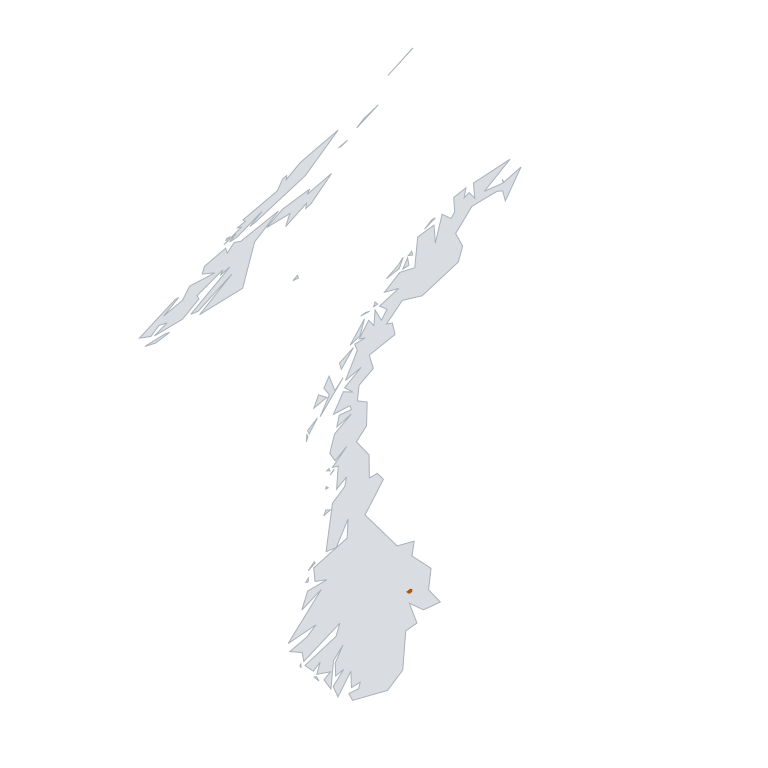 location of Gjerdrum nor, Akershus, Norway, rotated 314°
{"feature_id": "86288312B13989294808730", "entity_name": "Gjerdrum nor", "entity_type": "district", "adm_level": 2, "iso_a3": "NOR", "parent_name": "Norway", "parent_adm1": "Akershus", "projection": "equal_earth", "projection_center": [11.024, 60.079], "detail": "fine", "context": "in_parent", "style": "filled", "palette": "amber", "viewbox_px": 768, "rotation_deg": 314, "n_neighbors": 0, "source": "geoboundaries", "source_scale": "gbopen_adm2", "svg_char_len": 4775}
<svg xmlns="http://www.w3.org/2000/svg" viewBox="0 0 768 768"><g transform="rotate(314 384 384)"><path d="M456.9,339.1L428.9,344.1L433.7,347.6L427.3,357.5L394.5,353.4L387.8,365.5L365.8,366.9L353.4,376.6L359.3,384.4L341.8,400.5L323.2,404.3L322.6,422.5L306.3,438.7L315.0,441.3L315.0,449.8L276.6,461.3L276.7,505.9L291.9,514.9L279.7,523.5L284.1,545.9L267.0,558.9L266.3,575.9L249.0,569.3L243.9,554.5L234.9,573.8L221.6,571.1L191.2,596.2L166.0,599.4L134.6,581.1L136.9,573.7L147.2,577.4L153.0,574.0L143.0,571.5L154.4,559.7L126.9,568.2L131.1,557.6L150.7,553.2L140.4,552.0L149.5,542.7L167.9,535.7L149.9,539.9L127.7,557.7L129.5,546.3L139.8,545.5L128.5,537.4L139.6,531.3L128.3,532.6L126.6,522.7L169.2,524.8L181.3,518.4L128.8,519.0L134.0,511.7L126.0,502.1L148.5,504.3L163.5,502.3L130.8,495.3L192.5,481.6L164.4,481.9L182.0,472.9L203.5,478.9L194.1,471.5L202.9,461.2L247.6,464.5L261.9,451.9L233.2,463.3L223.2,458.8L262.4,429.8L283.0,427.0L291.1,421.7L275.4,423.0L293.2,408.1L288.1,404.9L313.0,400.6L294.8,402.1L296.4,393.2L313.9,383.1L339.6,381.3L320.4,379.9L330.4,373.5L343.0,378.3L344.7,374.6L327.0,368.7L350.2,360.1L356.5,367.2L354.0,358.3L380.1,356.0L359.8,353.9L389.7,341.4L392.3,335.3L404.1,338.3L399.1,334.9L419.2,328.8L419.0,336.2L431.1,326.1L428.1,337.8L439.9,334.3L436.9,326.7L463.0,328.2L450.3,320.6L475.3,317.9L489.0,325.4L513.2,306.1L533.0,309.6L521.0,323.0L546.5,307.9L549.5,317.2L556.9,315.3L566.6,304.6L582.0,306.7L573.7,312.2L580.8,312.4L580.7,320.3L590.7,308.8L633.2,318.5L592.3,322.3L611.3,330.0L635.3,331.8L600.0,344.1L605.4,335.2L601.0,331.4L572.9,323.8L542.0,331.0L537.9,344.7L523.4,352.7L473.9,350.1L456.9,339.1ZM343.9,173.1L371.7,175.8L369.2,180.4L381.7,177.9L387.0,181.8L435.2,187.9L396.3,192.2L354.7,215.8L305.8,203.2L357.3,198.2L307.4,199.8L300.0,196.6L361.4,191.8L348.6,190.7L354.3,188.8L317.5,188.1L316.7,191.8L290.6,194.0L259.0,185.4L277.2,185.4L269.7,181.4L256.3,183.3L247.1,176.2L299.5,175.1L303.5,176.2L279.8,178.3L304.3,180.9L319.4,176.2L346.4,185.1L336.8,176.8L343.9,173.1ZM404.1,168.6L449.0,173.1L460.9,168.7L466.3,169.2L463.2,171.7L485.2,169.9L534.7,174.6L479.4,182.6L412.1,179.2L404.1,178.1L423.2,176.4L387.3,176.2L379.0,174.4L389.3,173.2L372.9,172.1L397.7,172.4L394.6,170.1L404.7,171.2L404.1,168.6ZM439.3,189.6L472.6,195.1L466.9,197.0L499.0,200.0L462.7,206.3L455.9,205.8L460.1,202.7L429.0,203.9L441.2,197.9L415.2,191.0L439.3,189.6ZM345.1,353.3L360.2,350.2L316.1,360.8L338.3,352.2L339.2,343.7L351.5,339.1L345.1,353.3ZM368.2,337.4L388.9,336.7L364.9,343.1L368.2,337.4ZM388.3,332.7L417.3,324.7L402.2,333.2L388.3,332.7ZM244.9,185.9L267.2,191.5L272.3,194.0L254.7,191.2L244.9,185.9ZM330.7,344.5L334.6,352.2L318.0,350.3L330.7,344.5ZM488.6,309.7L477.7,314.8L461.5,312.6L479.8,311.6L488.6,309.7ZM491.1,313.4L486.7,319.4L479.7,317.7L491.1,313.4ZM297.5,361.4L313.4,359.7L296.1,364.8L297.5,361.4ZM644.6,171.5L608.8,172.5L645.8,171.3L644.6,171.5ZM559.8,185.2L580.8,185.9L549.2,186.5L559.8,185.2ZM523.6,305.6L535.3,304.3L539.3,305.5L523.6,305.6ZM498.7,311.8L496.7,315.0L493.2,312.3L498.7,311.8ZM436.9,320.6L437.0,323.9L432.3,322.8L436.9,320.6ZM402.1,246.2L400.8,248.8L395.1,246.7L402.1,246.2ZM534.1,188.4L524.4,188.1L523.3,187.3L534.1,188.4ZM253.0,429.7L256.2,432.9L247.3,432.2L253.0,429.7ZM416.7,320.0L422.7,321.2L426.3,323.1L416.7,320.0ZM379.2,169.9L383.3,171.0L377.0,170.6L379.2,169.9ZM207.3,458.8L197.0,459.2L207.8,457.3L207.3,458.8ZM192.5,464.2L188.6,467.0L187.0,465.6L192.5,464.2ZM293.6,365.6L288.3,368.4L294.0,363.7L293.6,365.6ZM126.6,538.8L125.2,543.6L124.7,537.3L126.6,538.8ZM284.0,405.5L281.7,403.1L284.9,403.2L284.0,405.5ZM613.4,326.9L612.6,329.5L612.1,329.0L613.4,326.9ZM286.9,407.9L281.1,408.4L288.1,407.3L286.9,407.9ZM270.1,413.6L270.6,416.0L267.9,415.2L270.1,413.6ZM124.8,518.7L122.2,521.6L122.9,519.2L124.8,518.7Z" fill="#d9dde1" stroke="#a8b0b8" stroke-width="1"/><path d="M254.3,545.5L254.2,545.5L253.9,545.6L253.9,545.8L253.7,545.8L253.4,545.9L253.2,545.8L252.9,545.8L252.7,545.9L252.6,545.7L252.5,545.4L252.4,545.4L252.2,545.5L251.9,545.5L251.7,545.5L251.4,545.4L251.3,545.5L251.2,545.4L250.9,545.4L250.7,545.3L250.7,545.5L250.7,545.8L250.8,545.9L250.8,546.0L251.0,546.1L250.9,546.2L250.9,546.3L251.0,546.4L251.1,546.5L251.2,546.8L251.1,547.0L251.2,547.3L251.3,547.3L251.5,547.4L251.8,547.5L251.9,547.4L251.9,547.5L252.0,547.5L252.2,547.4L252.3,547.4L252.3,547.5L252.5,547.6L252.8,547.7L252.9,547.8L253.0,547.8L253.3,547.8L253.5,547.8L253.8,547.8L253.8,547.7L254.0,547.6L253.9,547.6L253.9,547.4L254.0,547.4L254.1,547.2L254.3,547.2L254.4,547.3L254.5,547.3L254.5,547.2L254.6,546.9L254.6,546.7L254.7,546.4L254.8,546.4L254.7,546.3L254.7,546.2L254.8,546.2L254.8,545.9L255.0,545.8L254.9,545.8L254.9,545.7L255.0,545.7L254.9,545.7L254.7,545.7L254.4,545.6L254.2,545.5L254.3,545.5L254.3,545.5Z" fill="#f59e0b" stroke="#b45309" stroke-width="1.5"/></g></svg>